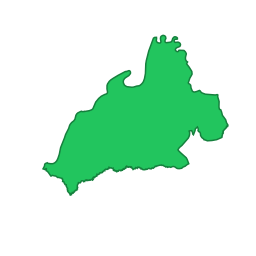 Mueang Ubon Ratchathani, Ubon Ratchathani, Thailand, rotated 148°
{"feature_id": "78962969B98641080977503", "entity_name": "Mueang Ubon Ratchathani", "entity_type": "district", "adm_level": 2, "iso_a3": "THA", "parent_name": "Thailand", "parent_adm1": "Ubon Ratchathani", "projection": "albers", "projection_center": [104.866, 15.298], "detail": "fine", "context": "isolated", "style": "filled", "palette": "green", "viewbox_px": 256, "rotation_deg": 148, "n_neighbors": 0, "source": "geoboundaries", "source_scale": "gbopen_adm2", "svg_char_len": 5773}
<svg xmlns="http://www.w3.org/2000/svg" viewBox="0 0 256 256"><g transform="rotate(148 128 128)"><path d="M173.2,103.9L172.8,104.5L172.4,104.2L171.3,104.6L170.3,104.0L169.9,104.5L169.9,104.9L168.7,104.9L168.1,104.2L167.6,104.2L167.3,103.8L166.6,103.8L166.5,104.2L165.2,104.3L164.9,104.7L164.7,104.4L164.9,103.9L164.4,104.0L164.1,103.4L163.7,103.3L163.5,103.0L163.2,103.0L162.6,101.8L162.1,101.7L162.4,101.4L162.3,100.1L162.0,100.1L161.8,99.8L161.7,98.9L161.8,98.8L162.1,98.9L161.6,98.2L160.8,98.2L160.6,97.8L160.9,97.0L160.7,96.8L160.0,97.2L159.2,96.5L158.9,96.5L158.8,97.0L158.0,97.0L156.9,96.3L156.9,95.7L156.3,95.4L155.8,95.7L155.1,95.1L154.5,95.4L154.5,95.7L154.1,95.8L153.7,95.4L153.5,95.6L153.3,95.5L153.1,95.8L152.9,95.7L153.1,95.4L152.8,95.1L152.5,95.5L151.3,95.1L151.1,95.8L150.3,96.3L149.8,96.3L149.7,95.8L149.2,96.1L149.1,95.6L148.8,95.4L149.1,95.1L148.9,94.9L148.3,94.4L147.9,94.5L147.7,94.3L147.4,94.4L146.9,94.2L146.8,93.8L146.6,94.0L146.2,93.6L146.7,93.5L146.2,92.9L145.8,92.9L146.0,92.0L145.6,91.5L145.7,90.1L144.3,90.2L143.6,89.6L142.6,90.4L142.3,90.4L142.1,89.8L141.6,89.0L141.3,89.4L140.8,89.1L140.5,89.2L140.4,89.6L140.2,89.6L140.0,89.2L139.5,88.6L139.0,88.5L139.0,87.6L138.3,87.1L138.6,86.4L137.9,86.2L137.9,85.6L137.6,85.4L137.4,84.7L136.2,84.0L135.8,83.6L135.3,83.6L135.1,83.8L134.6,83.7L134.4,83.2L133.9,83.2L133.5,82.8L132.2,82.9L131.4,82.6L131.1,81.9L129.9,81.0L129.3,81.1L129.2,81.3L128.5,81.3L127.9,80.5L125.9,80.8L125.5,81.1L125.1,80.8L124.8,80.9L124.5,80.5L124.0,80.7L123.4,80.3L122.4,80.2L121.9,79.9L120.7,79.6L120.3,79.3L119.2,78.9L119.1,78.3L117.9,77.7L117.8,77.0L116.9,75.7L116.7,75.0L116.1,75.0L115.4,73.9L115.1,74.2L114.3,73.3L113.6,73.2L112.6,72.0L110.7,71.7L109.9,71.3L109.0,70.4L108.0,68.1L107.5,67.4L106.2,66.4L103.8,65.4L102.0,65.7L99.8,65.3L97.6,65.6L95.4,65.5L94.5,70.0L94.4,71.9L96.6,79.5L97.2,82.2L97.2,83.1L94.8,84.2L91.3,84.7L82.2,87.5L80.1,88.9L79.2,89.9L78.2,91.3L77.8,93.0L77.6,93.1L75.4,92.0L75.7,90.0L76.3,88.5L76.1,87.6L72.6,90.2L71.3,91.6L68.6,92.1L68.8,90.5L69.3,89.3L70.0,88.7L70.0,87.5L69.4,86.8L69.3,86.3L69.5,85.0L70.4,83.2L70.5,81.8L70.4,80.5L69.7,78.8L69.7,77.6L69.2,77.4L67.5,75.1L63.4,72.9L58.9,71.1L53.6,70.3L53.4,70.6L52.9,70.6L52.5,71.5L51.4,72.2L50.9,73.2L50.1,73.1L49.8,73.3L49.8,74.2L49.6,74.4L49.2,74.4L48.7,75.2L48.1,75.1L46.9,75.8L46.0,75.7L45.4,76.1L44.9,76.0L44.3,76.4L44.1,76.3L43.6,76.5L43.6,77.1L42.5,77.4L42.3,76.9L41.7,77.5L41.7,80.0L40.8,83.3L41.2,88.7L40.1,92.2L39.7,94.4L40.4,95.1L40.5,95.5L39.8,97.5L36.7,102.2L35.4,106.9L34.3,108.4L34.7,109.1L36.4,109.7L44.5,115.7L46.7,118.6L47.1,119.9L47.2,121.5L47.5,122.0L50.2,122.5L52.5,123.2L53.4,124.0L53.9,125.2L53.3,128.6L52.2,131.0L52.3,132.1L53.0,133.6L53.0,134.3L49.3,137.4L45.3,139.6L44.8,140.3L43.9,142.2L43.9,147.4L44.3,151.2L44.0,151.6L42.5,152.4L43.1,154.1L42.8,155.9L41.7,157.6L39.3,159.9L39.1,160.6L39.0,162.2L39.4,164.0L39.7,164.3L43.5,166.9L44.8,166.3L45.6,166.5L46.3,167.3L46.6,168.8L46.1,169.6L44.9,170.2L43.7,170.2L41.0,169.7L40.2,170.0L39.4,170.7L39.1,171.4L39.0,172.4L39.6,173.8L40.2,174.4L42.5,175.5L42.9,176.1L42.9,176.6L42.5,177.8L41.7,178.2L40.9,178.2L39.3,177.3L38.9,177.3L38.4,178.2L38.7,179.3L39.7,180.4L40.4,180.7L41.2,180.7L42.7,180.2L44.5,178.6L45.8,178.2L46.8,178.4L50.4,180.1L50.9,180.9L50.7,182.1L50.2,182.7L48.4,183.9L47.8,185.4L47.9,186.4L48.2,187.0L48.9,187.8L49.8,188.2L51.3,188.2L52.1,187.8L53.2,186.5L54.4,183.6L55.3,183.1L56.2,183.2L57.6,184.6L58.0,186.1L57.7,187.1L56.3,188.8L55.8,189.8L57.4,190.7L58.8,190.7L69.6,182.3L76.7,175.5L78.9,173.0L84.4,164.9L87.9,161.1L90.2,159.3L91.3,158.7L92.8,158.2L95.0,157.8L96.4,158.0L98.3,158.9L101.7,159.8L103.1,160.5L106.9,163.5L107.9,165.1L108.3,166.4L108.0,168.7L107.3,170.0L106.4,171.0L104.6,171.8L102.8,172.0L99.5,172.0L97.3,172.8L96.7,173.3L96.2,174.4L96.2,175.4L96.6,176.0L97.2,176.3L99.5,176.7L99.6,177.0L100.6,177.3L108.4,177.9L114.0,178.0L117.1,177.9L119.2,177.5L122.0,176.2L123.3,175.1L125.1,172.3L126.3,169.3L127.2,168.5L128.0,168.3L130.2,168.8L133.8,169.1L137.2,168.6L141.6,167.1L147.6,162.9L149.1,162.7L151.7,163.2L155.8,164.9L156.2,165.3L156.5,165.2L158.3,166.2L158.5,166.8L159.5,167.1L162.7,167.4L164.0,167.1L165.4,166.4L168.3,163.6L170.2,162.8L173.0,162.5L175.2,161.7L176.3,161.0L178.5,159.1L184.3,155.6L187.3,153.1L195.5,147.1L200.2,142.1L203.6,139.3L205.7,138.0L207.2,137.5L208.5,137.3L209.9,137.4L211.1,137.8L212.8,138.9L214.4,140.3L215.1,141.0L215.0,141.3L216.5,141.6L217.3,141.6L218.1,141.1L219.1,139.9L221.7,138.4L220.5,136.8L219.1,137.1L218.8,136.9L218.8,136.6L220.0,135.2L219.4,134.1L219.1,132.6L218.9,128.2L218.3,127.9L217.3,128.0L215.8,126.4L214.8,125.7L213.8,123.2L213.2,123.0L210.6,120.2L210.9,119.6L210.6,119.2L211.0,118.2L211.8,117.3L210.9,116.3L211.3,114.8L211.1,114.1L211.4,113.5L211.0,112.7L210.5,112.5L211.3,111.1L211.2,108.8L211.9,108.5L212.1,106.8L212.6,106.7L212.6,105.5L212.2,103.4L212.5,101.7L211.6,101.5L211.6,102.2L211.3,102.9L210.7,102.6L210.4,102.1L210.0,102.4L209.1,101.8L208.7,102.0L208.8,102.5L208.3,102.2L207.4,102.2L207.1,102.8L205.6,102.6L205.4,103.0L204.2,102.5L203.7,103.1L203.2,103.1L203.0,104.0L202.3,104.1L202.2,105.0L201.8,105.3L201.4,106.2L200.8,106.7L199.7,107.1L199.1,107.9L198.7,107.9L198.4,107.3L197.4,106.8L196.6,107.2L196.4,107.5L195.3,107.8L194.1,107.0L194.0,105.9L193.3,105.9L193.0,105.6L192.1,106.3L191.5,106.3L190.8,105.2L190.6,105.4L190.8,105.8L190.4,105.9L189.8,105.0L189.0,104.3L188.7,104.2L188.3,104.5L187.7,103.8L187.3,103.6L186.9,103.9L186.3,103.9L185.8,103.6L185.8,103.0L185.3,103.2L185.3,102.7L184.6,102.9L184.6,103.9L183.6,104.6L183.0,104.5L183.0,103.7L182.7,103.6L181.4,104.1L179.9,103.8L179.7,104.5L179.4,104.7L178.8,104.4L178.6,104.9L178.3,104.4L176.3,104.2L176.1,104.3L176.2,104.7L176.0,104.9L175.2,104.8L174.0,103.9L173.2,103.9Z" fill="#22c55e" stroke="#15803d" stroke-width="1.5"/></g></svg>